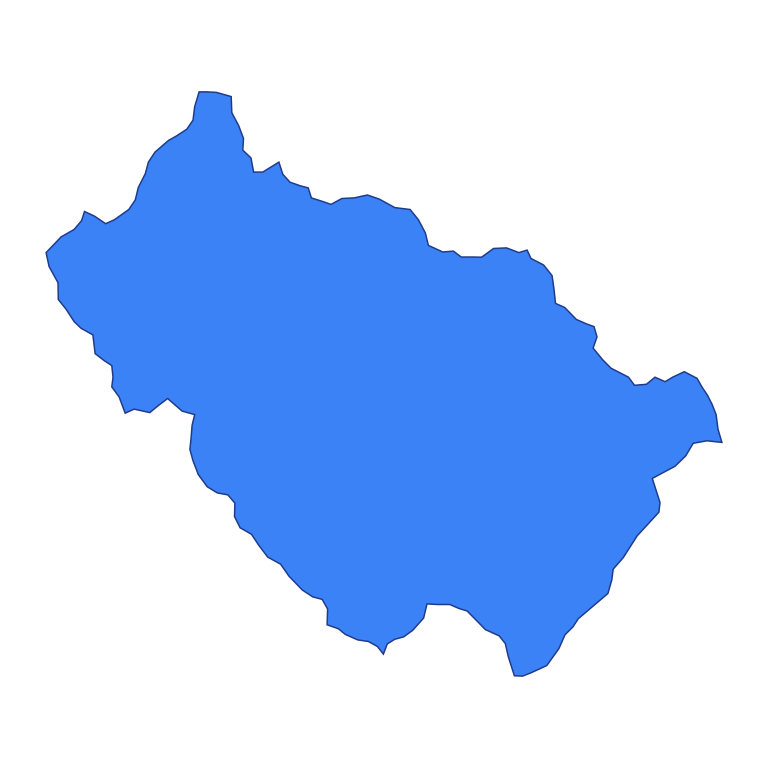 São Sebastião da Grama, São Paulo, Brazil
{"feature_id": "56859067B74553829999023", "entity_name": "São Sebastião da Grama", "entity_type": "district", "adm_level": 2, "iso_a3": "BRA", "parent_name": "Brazil", "parent_adm1": "São Paulo", "projection": "robinson", "projection_center": [-46.755, -21.751], "detail": "fine", "context": "isolated", "style": "filled", "palette": "blue", "viewbox_px": 768, "rotation_deg": 0, "n_neighbors": 0, "source": "geoboundaries", "source_scale": "gbopen_adm2", "svg_char_len": 2106}
<svg xmlns="http://www.w3.org/2000/svg" viewBox="0 0 768 768"><path d="M721.9,442.4L718.0,429.2L716.1,414.6L712.2,404.6L707.5,395.3L702.2,387.4L697.1,378.4L684.3,371.7L672.6,377.2L665.1,381.7L655.0,377.2L646.4,384.3L634.5,385.3L628.5,377.2L611.0,368.2L602.6,359.7L593.1,348.1L597.0,336.9L594.0,326.6L586.0,323.7L576.4,319.5L564.7,307.5L555.5,303.4L554.1,290.0L552.1,275.7L543.6,265.0L531.0,258.5L527.1,250.1L518.9,252.6L506.5,247.9L493.5,248.5L481.6,257.2L472.1,257.0L461.2,257.0L453.4,251.1L442.8,252.0L428.4,245.4L425.3,232.8L418.3,219.6L410.1,209.5L394.8,207.6L379.3,199.1L367.3,195.0L354.1,197.9L341.9,198.5L331.0,204.4L322.7,201.5L311.4,197.9L308.2,187.9L299.9,185.7L290.0,182.2L282.8,174.3L278.9,162.1L262.7,172.1L253.6,172.1L251.0,158.0L242.8,150.1L243.5,138.5L238.7,125.7L231.8,112.7L231.2,96.6L216.4,92.4L207.4,91.9L199.1,91.9L194.7,106.6L193.0,120.2L186.8,129.2L175.9,136.3L168.4,140.5L155.0,152.1L148.4,162.1L145.3,173.7L138.3,187.5L135.3,199.9L128.8,209.5L114.3,219.8L105.6,223.7L94.6,216.2L84.5,211.5L81.6,220.6L74.2,229.4L61.1,236.9L46.1,252.6L49.1,266.6L58.0,282.7L58.3,299.5L66.3,309.5L74.2,321.7L81.2,328.4L92.9,334.9L95.1,353.6L104.3,360.7L111.8,365.6L113.0,377.2L111.8,386.9L119.1,396.9L125.2,413.2L134.1,409.1L149.8,412.6L157.9,405.9L167.6,398.5L182.1,411.1L194.7,414.6L192.1,425.2L191.1,437.8L189.9,449.4L193.0,460.7L198.3,474.6L207.3,486.8L217.3,492.9L227.9,494.9L234.9,503.2L234.5,516.5L240.1,527.8L251.5,534.3L258.5,544.9L267.7,557.1L280.6,564.2L289.0,576.2L302.3,590.0L312.6,596.8L322.2,599.4L327.6,609.0L327.1,624.8L338.3,628.7L345.3,634.4L357.7,639.9L368.4,641.5L377.3,646.4L383.4,654.1L387.3,643.9L394.7,639.3L403.8,636.8L412.7,630.3L423.6,618.1L427.0,603.9L437.5,604.5L449.8,604.5L459.0,608.5L467.1,611.0L475.7,619.7L485.5,629.7L499.1,635.8L505.3,643.5L508.3,656.7L514.4,675.8L522.6,676.1L531.0,672.8L546.8,665.5L558.9,648.6L565.0,634.8L573.0,626.8L578.3,618.7L607.9,593.5L611.8,579.9L613.2,569.1L623.2,557.7L637.2,535.8L658.9,512.2L660.0,502.6L652.3,478.4L675.1,466.2L685.7,455.9L693.2,443.3L706.9,440.8L721.9,442.4Z" fill="#3b82f6" stroke="#1e3a8a" stroke-width="1.5"/></svg>